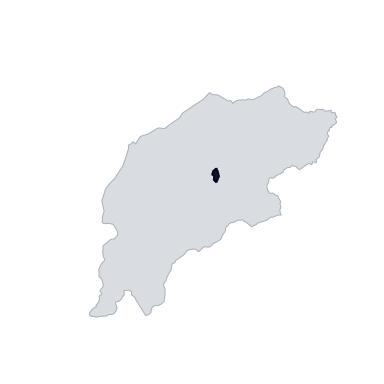 Bulgan, Arhangay, Mongolia shown in context, rotated 137°
{"feature_id": "93677404B70129232678406", "entity_name": "Bulgan", "entity_type": "district", "adm_level": 2, "iso_a3": "MNG", "parent_name": "Mongolia", "parent_adm1": "Arhangay", "projection": "orthographic", "projection_center": [100.91, 47.19], "detail": "fine", "context": "in_parent", "style": "filled", "palette": "ink", "viewbox_px": 384, "rotation_deg": 137, "n_neighbors": 0, "source": "geoboundaries", "source_scale": "gbopen_adm2", "svg_char_len": 5012}
<svg xmlns="http://www.w3.org/2000/svg" viewBox="0 0 384 384"><g transform="rotate(137 192 192)"><path d="M34.7,147.9L35.9,148.0L37.8,147.0L38.3,145.2L39.0,144.2L43.3,144.4L45.0,145.2L45.5,144.1L45.9,144.0L46.8,145.1L47.8,144.9L48.5,144.5L49.3,143.2L50.7,143.7L53.4,142.5L53.7,139.7L54.8,139.2L57.0,139.0L57.5,137.8L58.0,137.5L59.6,137.4L62.6,136.3L63.9,136.4L65.0,135.3L67.7,134.0L71.5,133.6L71.9,132.9L75.5,130.8L79.1,131.1L80.3,129.0L80.9,128.8L83.1,131.7L84.2,131.5L84.7,130.5L86.2,130.7L86.7,132.6L87.5,133.4L98.1,135.1L98.4,135.8L98.7,140.1L100.5,142.3L100.9,143.3L103.9,143.2L105.5,144.9L108.1,145.0L109.4,145.6L112.0,144.3L112.6,144.3L113.4,145.1L114.6,144.6L116.9,146.2L118.8,146.1L119.6,146.7L120.7,146.3L123.3,146.8L125.3,149.2L126.8,149.1L128.6,147.7L129.1,146.7L131.6,146.3L133.1,145.3L134.1,144.4L135.6,141.1L136.0,137.7L134.8,137.1L133.7,136.0L133.2,134.1L133.1,132.8L132.0,130.9L132.1,129.9L132.9,128.2L133.4,125.5L134.3,124.0L136.0,123.3L136.2,122.2L137.3,120.2L140.0,119.0L141.6,116.8L142.5,114.4L143.7,115.7L147.1,117.4L149.9,118.2L151.8,120.0L156.8,120.4L165.2,124.5L167.0,124.3L172.0,125.9L172.4,126.5L172.4,129.5L172.8,130.4L173.1,133.6L174.1,135.3L173.8,137.2L174.3,137.8L175.6,138.1L177.6,140.1L182.2,141.4L183.6,142.7L186.8,143.5L188.4,142.9L191.0,143.1L191.9,142.9L193.5,141.2L194.6,140.7L200.5,139.2L202.0,138.1L203.1,137.8L207.8,138.5L211.1,139.8L215.8,139.4L218.1,140.9L219.2,142.5L221.1,143.8L227.7,143.8L228.0,144.1L228.2,147.6L228.5,148.1L233.1,151.5L235.2,152.4L241.2,151.6L250.7,153.0L252.8,152.0L254.9,153.0L255.6,152.8L261.2,148.9L262.1,149.0L268.1,146.9L271.8,144.7L274.8,144.4L276.9,142.7L277.5,139.9L280.8,136.2L286.8,131.1L291.0,131.0L293.7,131.9L296.7,134.2L298.3,134.7L301.0,134.4L304.5,131.8L306.6,131.9L308.6,132.3L310.1,133.5L307.0,149.0L307.1,149.9L305.8,153.3L306.4,158.1L304.2,160.3L305.0,163.0L305.8,163.9L309.1,166.1L309.9,165.5L310.5,164.3L311.8,163.0L314.5,162.7L316.8,161.7L320.0,162.0L323.2,163.7L326.1,158.0L329.5,156.6L333.0,156.4L336.3,159.1L339.7,159.9L340.9,161.6L342.3,162.0L342.8,162.9L347.4,165.7L348.8,168.0L350.3,169.5L350.7,171.3L350.6,172.2L349.3,173.6L343.9,174.4L340.4,173.4L339.5,174.6L335.4,175.2L333.2,176.5L331.8,177.5L331.1,178.9L330.5,179.3L329.8,179.4L328.3,178.7L327.3,179.0L327.0,179.3L326.9,182.5L323.5,183.2L322.2,183.1L319.6,185.1L319.3,186.4L318.1,188.4L317.2,191.7L317.8,193.0L317.5,193.9L315.2,196.1L313.1,199.0L308.0,201.0L305.6,201.6L303.7,201.4L301.9,202.1L301.0,205.1L298.1,209.1L293.5,213.3L284.2,212.7L283.0,212.4L280.8,210.6L275.5,211.3L274.1,212.9L273.1,215.2L271.7,222.2L274.3,225.8L277.1,228.0L278.3,229.6L278.5,231.1L276.9,232.0L274.8,234.8L269.4,237.9L263.9,247.1L252.9,253.3L245.9,254.4L240.2,254.5L225.1,258.1L215.5,263.1L208.3,267.4L206.8,269.2L206.1,269.6L204.7,268.9L200.7,268.9L200.5,265.7L191.9,267.9L184.7,264.4L174.6,262.3L172.5,261.5L169.1,257.3L167.3,256.8L162.8,256.6L150.7,254.7L145.1,256.2L120.5,252.1L111.5,252.7L111.2,252.3L110.7,249.5L106.8,245.2L106.3,244.1L106.2,242.5L103.3,233.8L101.3,232.4L101.8,228.9L98.6,229.0L95.1,227.3L91.7,224.5L90.1,222.5L87.6,221.9L84.7,218.2L83.3,217.5L75.9,215.3L72.0,215.3L68.0,214.0L63.4,213.3L62.0,212.4L60.7,212.4L58.2,210.6L56.3,210.7L54.7,205.5L55.6,202.6L56.7,200.9L59.2,198.5L59.2,197.4L58.7,194.9L60.4,190.7L60.3,187.9L59.5,184.7L58.1,183.8L56.5,179.4L56.2,176.1L55.6,173.7L53.5,172.1L53.1,170.0L52.4,169.8L51.8,170.4L50.5,170.4L49.3,169.0L48.8,167.5L48.0,167.0L46.6,166.9L45.2,167.3L43.8,166.8L42.7,165.3L39.7,162.9L39.8,161.4L39.5,160.4L38.6,159.9L37.7,158.8L34.8,157.0L34.8,156.3L35.9,154.9L33.9,153.3L33.3,151.8L34.9,150.3L34.5,149.1L34.7,147.9Z" fill="#d9dde1" stroke="#a8b0b8" stroke-width="1"/><path d="M166.7,182.4L166.7,182.5L166.5,182.8L166.5,183.0L167.1,183.6L166.9,183.9L166.4,183.9L165.9,183.9L165.7,183.4L164.7,183.3L164.3,183.5L163.8,184.3L162.1,184.5L161.7,184.8L161.0,185.5L160.9,186.3L160.6,187.0L160.1,187.2L160.3,187.8L160.2,187.9L160.2,188.0L159.9,188.2L159.8,188.3L159.7,188.4L159.7,188.5L159.5,188.8L159.4,188.8L159.2,188.9L159.2,189.0L159.0,189.3L158.9,189.3L158.8,189.5L158.8,189.8L158.7,189.9L158.7,190.0L158.7,190.3L158.7,190.5L158.6,190.8L158.5,191.0L158.5,191.3L158.4,191.3L158.5,191.3L158.4,191.4L158.4,191.5L158.4,191.8L158.4,192.0L158.4,192.3L158.3,192.5L158.2,192.5L158.3,192.6L158.8,192.8L159.0,192.8L159.0,193.0L159.3,193.0L159.5,192.9L159.8,192.8L160.0,192.9L160.2,192.7L160.6,192.9L161.0,193.0L161.3,192.9L161.3,193.0L161.5,193.0L161.7,192.9L161.8,192.9L162.0,193.0L162.3,193.0L162.5,193.0L162.5,192.9L162.5,192.7L163.0,192.5L163.0,192.4L163.1,192.2L163.3,192.0L163.5,192.0L163.8,192.0L163.9,191.9L164.0,191.9L164.3,191.8L164.5,191.9L164.8,191.7L164.9,191.4L165.0,191.3L165.0,191.2L164.9,191.1L165.3,191.0L165.3,190.9L165.5,190.8L165.3,190.5L165.3,190.4L165.3,190.2L165.2,190.1L165.1,189.8L165.3,189.0L165.4,188.4L165.7,187.5L166.3,187.6L167.0,186.8L167.9,186.2L168.0,185.7L167.8,185.2L167.9,184.6L168.0,184.0L167.8,183.5L167.9,182.9L167.1,182.5L166.7,182.4Z" fill="#0f172a" stroke="#020617" stroke-width="1.5"/></g></svg>